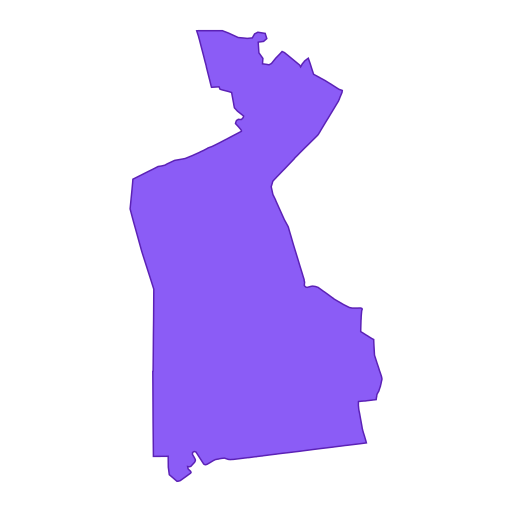 the district of Ma'in, Amanat Al Asimah, Yemen
{"feature_id": "15242507B87670464483241", "entity_name": "Ma'in", "entity_type": "district", "adm_level": 2, "iso_a3": "YEM", "parent_name": "Yemen", "parent_adm1": "Amanat Al Asimah", "projection": "albers", "projection_center": [44.173, 15.379], "detail": "fine", "context": "isolated", "style": "filled", "palette": "violet", "viewbox_px": 512, "rotation_deg": 0, "n_neighbors": 0, "source": "geoboundaries", "source_scale": "gbopen_adm2", "svg_char_len": 5363}
<svg xmlns="http://www.w3.org/2000/svg" viewBox="0 0 512 512"><path d="M132.6,183.0L132.0,189.6L130.8,201.7L130.1,208.9L133.5,221.7L136.8,233.5L141.3,249.8L142.0,252.2L143.4,256.6L145.8,264.1L150.6,279.1L153.8,289.2L153.6,319.2L153.4,335.4L153.3,349.3L153.1,371.1L152.8,371.3L152.9,383.7L153.1,422.9L153.4,456.4L168.2,456.3L168.2,458.3L168.3,467.2L169.3,474.7L177.0,481.3L178.6,481.1L180.3,480.6L190.4,473.3L191.0,472.6L191.0,472.2L190.8,471.8L190.6,471.3L188.1,468.9L187.6,466.5L188.5,466.7L189.6,466.7L190.8,466.4L194.4,462.5L195.0,461.6L195.4,460.2L195.2,459.3L194.1,457.2L192.5,454.5L192.5,453.8L192.5,453.2L192.5,452.8L193.3,451.9L194.2,451.5L195.4,451.8L196.0,452.1L197.0,453.6L199.7,457.8L203.3,463.4L203.9,464.2L205.1,464.7L205.9,464.7L206.9,464.3L207.3,464.2L208.1,463.7L209.7,462.8L213.3,460.6L215.3,459.6L217.8,459.1L218.2,459.1L219.2,458.8L221.6,458.4L224.5,458.1L225.9,458.6L227.1,459.0L228.3,459.4L229.5,459.5L230.1,459.6L231.2,459.5L233.6,459.4L235.1,459.2L243.3,458.2L245.4,457.9L246.0,457.9L247.0,457.7L249.0,457.6L254.6,456.8L255.5,456.7L256.3,456.7L257.1,456.5L260.4,456.1L262.6,455.9L263.3,455.7L265.9,455.4L267.4,455.2L269.6,454.9L277.0,454.0L277.4,453.9L283.2,453.2L289.6,452.5L290.9,452.3L291.3,452.3L293.4,452.0L296.8,451.6L298.7,451.4L303.1,450.8L308.5,450.1L310.1,449.9L313.0,449.5L321.0,448.5L324.4,448.1L333.6,447.0L334.7,446.8L335.7,446.7L339.6,446.2L339.9,446.2L341.4,446.0L345.0,445.5L347.0,445.3L356.9,444.1L361.0,443.6L366.4,442.9L366.3,442.5L365.6,439.9L365.2,438.6L364.5,436.2L363.2,432.1L363.0,431.2L362.8,430.8L362.5,429.3L362.3,428.7L361.9,426.2L360.6,419.1L360.1,416.3L359.7,414.0L359.3,412.0L359.1,411.2L358.9,410.1L358.7,408.7L358.5,406.4L358.4,405.7L358.4,403.9L358.4,401.9L358.5,401.5L360.7,401.3L361.1,401.2L362.9,401.1L363.6,401.0L365.0,401.0L367.7,400.6L368.8,400.5L370.4,400.3L372.2,400.1L372.6,400.0L374.6,399.8L376.2,399.6L376.4,397.9L376.7,396.4L376.9,394.5L377.1,394.2L377.4,393.6L378.0,392.4L378.4,391.8L378.9,390.9L379.2,389.8L379.9,387.7L380.1,387.1L380.4,386.4L380.4,386.1L380.6,385.3L381.0,383.7L381.1,383.1L381.4,381.7L381.6,380.7L381.8,380.1L381.9,379.6L381.9,378.5L381.8,377.8L381.6,377.4L381.6,377.0L381.4,376.2L380.8,374.4L380.1,372.3L379.5,370.7L379.3,370.0L378.5,367.4L376.9,362.7L376.5,361.4L374.5,355.2L373.9,344.8L373.7,339.9L373.7,339.5L372.5,338.9L372.1,338.7L369.0,336.8L367.5,335.8L366.6,335.3L360.7,331.6L360.8,327.0L361.0,320.1L361.1,319.2L361.2,316.4L361.5,312.9L361.7,310.7L362.2,309.3L362.1,308.8L361.8,308.4L360.7,308.0L359.9,308.0L358.8,308.0L357.8,308.1L353.8,308.1L353.0,308.1L352.3,308.1L349.4,307.5L343.6,304.6L334.5,299.3L329.9,295.9L324.7,292.1L323.3,291.2L322.8,290.8L318.1,287.4L315.4,286.5L312.6,286.1L311.5,286.3L311.1,286.3L310.5,286.5L307.9,287.2L307.3,287.4L306.0,287.2L304.7,286.1L304.3,285.5L304.4,284.2L304.5,283.0L304.6,282.2L304.2,280.8L304.1,279.5L303.1,276.3L302.2,273.3L299.9,265.9L299.0,262.9L297.6,258.3L296.8,255.7L293.7,245.6L293.1,243.6L291.0,236.3L289.6,231.6L288.3,227.0L287.7,225.8L284.3,219.6L275.8,200.7L275.5,199.8L272.9,194.5L271.2,186.7L272.2,183.5L272.6,181.9L272.8,181.3L273.8,180.1L275.5,178.3L276.3,177.5L276.6,177.1L277.7,176.0L280.3,173.3L282.7,170.8L284.9,168.6L285.1,168.4L286.5,166.9L294.5,158.5L294.6,158.1L297.2,155.6L300.0,152.7L302.2,150.5L304.1,148.6L305.1,147.6L308.6,144.2L310.5,142.3L311.4,141.4L316.8,136.1L318.1,134.7L318.7,133.8L319.1,133.1L319.8,132.0L320.7,130.4L325.7,122.1L327.6,119.0L328.0,118.4L330.7,113.9L332.1,111.6L338.5,101.0L338.9,100.0L339.3,99.2L339.8,97.7L342.0,92.5L342.1,91.8L342.3,90.5L341.8,90.2L341.0,90.0L339.0,89.3L336.0,87.4L331.8,84.7L327.9,82.3L325.2,80.6L322.1,78.9L321.3,78.5L320.8,78.2L313.6,74.3L311.8,68.8L310.2,63.7L308.3,58.2L307.2,59.0L305.1,60.6L304.8,60.9L304.5,61.1L304.2,61.6L302.2,64.0L301.4,65.6L300.6,66.9L300.4,66.5L300.1,65.9L299.8,65.2L287.7,55.2L285.7,53.6L284.5,52.6L282.1,51.5L279.8,54.0L275.8,58.1L272.1,62.7L271.5,63.4L271.1,63.7L269.0,64.8L267.9,64.6L266.8,64.4L262.5,63.8L262.8,59.7L262.9,58.4L258.9,52.8L258.6,48.2L258.3,43.6L258.2,42.2L259.6,41.9L260.8,41.8L263.6,41.4L266.8,38.6L266.2,36.7L265.5,34.5L265.2,33.4L258.3,32.3L257.9,32.2L255.6,33.4L254.6,33.9L252.3,37.9L248.3,38.3L247.2,38.4L244.5,38.1L238.0,37.5L237.5,37.2L236.2,36.6L228.6,33.1L225.5,31.9L223.9,31.3L222.5,30.7L221.3,30.7L208.2,30.7L204.1,30.7L198.3,30.7L196.7,30.8L198.4,36.0L199.0,38.3L199.5,40.0L200.9,45.5L202.5,51.6L203.3,54.7L203.7,56.2L205.2,62.2L205.4,62.8L206.2,65.9L206.4,67.1L209.4,79.0L209.6,79.7L210.9,85.1L211.5,87.3L219.0,86.8L220.1,89.3L220.6,89.4L222.2,89.9L228.8,91.6L231.6,92.5L233.6,103.4L233.7,103.8L233.7,104.2L234.4,107.8L237.5,111.2L239.3,112.6L240.7,113.7L243.6,116.0L243.5,116.6L243.3,117.2L243.1,117.7L241.9,119.0L241.3,119.5L240.5,119.5L238.8,119.4L238.3,119.3L237.8,119.8L236.6,120.4L236.3,120.9L236.1,121.5L236.0,121.8L235.7,122.4L235.7,123.1L235.5,123.6L238.5,126.8L240.7,129.4L241.4,130.5L241.4,131.3L219.5,142.8L214.9,145.1L211.8,146.6L210.6,147.0L207.9,148.0L207.2,148.5L204.7,149.8L203.6,150.4L200.7,151.7L199.0,152.6L197.6,153.2L193.6,155.0L192.8,155.4L190.6,156.3L190.0,156.5L189.1,156.9L184.9,158.6L184.5,158.6L183.2,158.9L174.6,160.4L172.0,161.6L170.1,162.5L166.9,164.0L166.2,164.4L165.8,164.7L165.4,164.9L165.1,165.1L161.9,165.9L160.8,166.1L158.1,166.5L155.4,167.9L152.5,169.4L148.4,171.4L132.9,179.2L132.6,183.0Z" fill="#8b5cf6" stroke="#5b21b6" stroke-width="1.5"/></svg>